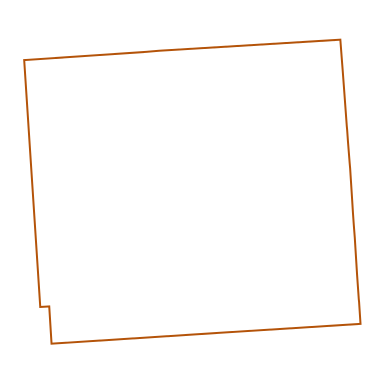 Crawford, Kansas, United States of America, rotated 356°
{"feature_id": "52423323B52465709163567", "entity_name": "Crawford", "entity_type": "district", "adm_level": 2, "iso_a3": "USA", "parent_name": "United States of America", "parent_adm1": "Kansas", "projection": "albers", "projection_center": [-94.703, 37.507], "detail": "fine", "context": "isolated", "style": "outline", "palette": "amber", "viewbox_px": 384, "rotation_deg": 356, "n_neighbors": 0, "source": "geoboundaries", "source_scale": "gbopen_adm2", "svg_char_len": 563}
<svg xmlns="http://www.w3.org/2000/svg" viewBox="0 0 384 384"><g transform="rotate(356 192 192)"><path d="M32.6,296.1L41.6,296.2L41.3,333.5L213.4,334.4L350.9,335.3L351.0,313.4L351.0,313.2L350.9,310.6L350.9,286.0L351.0,273.6L351.1,261.1L351.2,249.0L351.1,236.2L351.1,231.5L351.1,231.4L351.1,227.4L351.1,223.6L351.2,211.6L351.4,179.4L351.3,174.1L351.1,152.2L351.1,149.0L351.1,140.7L351.0,136.9L351.0,136.6L350.9,104.5L350.9,103.7L350.8,81.0L350.7,67.0L350.6,50.4L169.0,48.8L156.2,49.0L33.8,48.7L32.6,296.1Z" fill="none" stroke="#b45309" stroke-width="2"/></g></svg>